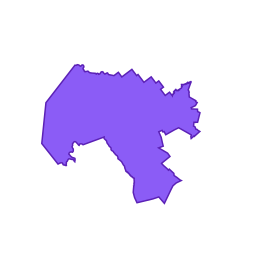 Lampazos de Naranjo, Nuevo León, Mexico (Natural Earth projection), rotated 323°
{"feature_id": "50627088B62674122669839", "entity_name": "Lampazos de Naranjo", "entity_type": "district", "adm_level": 2, "iso_a3": "MEX", "parent_name": "Mexico", "parent_adm1": "Nuevo León", "projection": "natural_earth1", "projection_center": [-100.346, 27.012], "detail": "fine", "context": "isolated", "style": "filled", "palette": "violet", "viewbox_px": 256, "rotation_deg": 323, "n_neighbors": 0, "source": "geoboundaries", "source_scale": "gbopen_adm2", "svg_char_len": 5644}
<svg xmlns="http://www.w3.org/2000/svg" viewBox="0 0 256 256"><g transform="rotate(323 128 128)"><path d="M50.4,114.7L52.1,115.0L53.2,115.3L53.6,115.5L54.1,115.9L54.5,116.5L54.4,117.3L54.1,118.2L54.2,118.5L54.4,118.7L54.5,118.9L54.8,119.1L55.0,119.3L55.3,120.0L55.6,120.4L56.0,120.8L56.4,120.7L56.7,119.9L56.9,119.7L57.4,119.3L57.8,118.6L58.7,118.0L59.3,118.0L59.7,117.9L61.2,117.1L62.0,117.0L62.5,117.2L64.3,119.4L65.1,120.1L65.2,120.4L65.3,120.7L65.3,121.0L65.1,122.1L65.1,122.4L65.2,122.9L66.0,122.1L66.4,121.8L67.3,120.4L67.3,120.1L66.4,118.8L66.0,118.4L65.5,117.2L65.2,115.6L65.2,114.4L65.0,113.4L65.1,113.1L65.8,112.7L66.1,112.5L67.0,112.4L67.8,112.7L68.4,113.1L68.9,113.8L69.1,113.9L69.3,113.9L70.2,113.6L70.5,113.4L71.3,112.4L71.7,111.6L71.7,110.4L71.8,110.1L72.1,109.4L72.3,109.1L73.1,108.7L73.4,108.5L73.6,108.3L74.0,107.4L74.2,107.2L74.7,107.0L75.3,107.0L76.1,106.7L76.9,106.6L77.2,106.8L77.7,107.2L77.9,107.6L78.1,109.3L78.2,109.8L78.3,112.0L78.4,112.4L78.5,112.5L78.8,112.2L79.3,111.9L79.7,111.8L80.5,112.0L81.1,112.5L81.6,113.0L82.0,114.0L82.0,114.3L102.4,120.5L103.5,120.8L102.9,121.5L102.7,121.8L102.6,122.3L102.8,123.2L102.9,123.9L102.9,124.3L103.1,124.5L103.1,124.9L103.1,125.2L102.6,126.5L102.2,127.7L102.2,128.4L102.3,129.3L102.1,130.8L102.0,131.4L102.1,131.9L102.4,132.7L102.4,133.7L102.3,133.9L101.6,134.8L101.5,135.0L101.4,135.4L101.4,135.8L101.6,136.6L102.0,137.4L102.1,138.0L101.9,139.2L102.1,140.0L102.2,140.4L102.0,141.3L102.0,141.7L102.7,143.7L102.3,145.3L101.9,146.1L101.5,146.4L101.5,146.8L102.0,148.2L102.6,151.0L102.1,154.7L102.2,156.4L101.7,157.4L101.1,158.8L101.0,159.5L100.3,161.2L100.4,161.7L100.6,161.8L100.5,162.2L100.9,162.4L100.9,162.6L101.1,163.0L100.9,163.3L101.2,163.6L101.0,164.1L101.1,164.4L101.3,164.6L101.4,164.9L101.2,165.2L101.2,165.6L101.4,166.2L101.3,166.4L101.4,166.7L101.2,167.0L101.5,167.5L101.3,167.8L101.5,168.2L101.5,169.0L102.0,169.3L102.0,169.5L102.1,170.8L102.1,171.1L102.6,171.4L102.7,171.6L102.7,172.0L102.0,172.6L101.4,173.5L101.1,174.0L101.1,174.3L100.8,174.5L100.3,174.9L100.3,175.1L100.2,175.1L100.0,175.4L99.9,175.7L99.7,175.7L99.4,175.9L99.4,176.0L99.0,176.3L98.9,176.7L98.7,177.0L97.9,177.7L97.6,177.7L97.5,178.0L95.4,180.3L93.4,182.6L91.4,187.5L90.2,193.1L105.2,199.6L111.1,201.6L111.7,210.1L125.0,203.2L129.1,201.2L133.5,200.9L138.9,202.0L138.3,200.8L137.3,196.9L136.2,193.7L137.3,191.8L136.2,185.7L134.9,186.0L134.8,184.6L134.6,183.3L133.7,178.9L133.7,177.9L133.5,177.3L133.5,176.4L139.3,176.2L144.4,176.0L144.5,171.9L140.5,162.3L145.2,163.7L146.7,160.2L148.9,155.4L150.3,149.5L153.8,150.4L153.5,152.2L154.7,152.6L154.1,156.1L164.0,157.4L168.6,158.3L174.4,171.6L174.3,172.0L173.3,172.4L173.0,172.8L172.6,173.5L172.8,173.4L172.8,173.5L172.5,174.0L172.4,174.4L175.9,174.1L175.9,174.6L183.3,174.0L182.4,171.8L182.3,170.7L181.5,169.8L182.2,167.4L181.9,166.6L181.5,165.9L181.9,165.5L184.1,163.1L185.1,163.9L185.4,164.3L185.5,164.3L185.6,164.2L187.0,165.3L189.3,163.5L189.4,163.4L194.7,159.1L194.6,158.8L193.5,156.8L194.8,154.8L190.2,151.0L190.7,150.3L190.7,149.8L195.3,150.7L198.6,149.3L197.9,147.7L198.6,147.1L195.6,140.1L197.8,136.6L198.4,136.3L198.9,134.8L199.0,133.8L204.3,130.3L206.1,129.2L206.2,128.8L206.1,128.7L205.8,128.7L205.7,128.8L205.2,128.6L204.6,128.3L204.4,128.4L204.0,128.8L203.5,128.8L203.4,128.6L203.4,128.4L203.2,127.9L203.2,127.5L203.1,127.4L202.9,127.5L202.6,127.8L202.6,128.0L202.5,127.9L202.3,128.0L202.1,127.6L201.9,127.5L201.6,127.7L201.2,128.0L200.7,127.8L200.6,127.7L200.6,127.4L200.4,127.4L200.3,127.2L200.1,127.1L199.9,127.1L199.6,127.4L199.3,127.1L199.0,126.8L198.6,126.7L198.4,126.8L198.2,126.8L197.8,126.2L197.7,126.0L197.1,125.8L197.0,125.5L196.9,125.4L196.8,125.5L196.6,126.1L196.3,126.7L196.0,126.7L195.8,126.9L195.9,127.1L196.2,127.0L196.3,127.1L196.2,127.5L195.9,127.6L195.5,127.6L194.8,128.2L194.0,128.2L193.8,128.1L193.5,128.2L193.1,128.1L192.6,128.0L192.4,128.1L192.2,128.0L191.9,128.1L191.6,128.0L191.6,128.3L191.4,128.2L191.0,128.2L190.7,128.4L190.4,128.1L190.0,127.8L189.9,127.8L189.9,127.6L189.5,127.5L189.3,127.4L189.2,127.0L189.4,127.0L189.4,126.7L189.3,126.8L189.2,126.6L189.1,126.8L189.0,126.7L188.6,126.7L188.9,126.6L188.5,126.3L188.5,126.1L188.3,126.1L187.8,126.2L187.9,126.3L187.6,126.4L187.3,126.3L186.6,126.5L186.8,126.7L186.7,126.9L186.5,127.1L186.3,127.2L186.3,127.4L186.3,127.5L186.2,127.5L186.3,127.7L186.2,127.8L186.0,127.7L185.7,128.0L185.3,127.9L185.0,127.9L184.8,127.9L184.6,128.2L184.4,128.1L184.2,128.3L184.0,128.2L183.9,128.4L183.8,128.5L183.5,128.5L183.4,128.3L183.1,128.4L182.8,128.8L182.7,124.4L177.3,124.4L177.3,116.7L180.9,116.7L180.9,108.9L177.3,108.9L177.3,101.1L168.2,101.1L168.2,91.3L166.4,91.3L166.4,83.5L153.8,83.5L153.8,77.7L148.3,77.7L144.7,73.7L144.7,72.1L144.8,71.9L144.7,71.6L144.4,71.4L143.7,71.3L143.3,71.3L143.0,71.1L142.3,71.1L142.0,71.0L141.8,70.6L141.7,69.5L141.6,69.2L141.8,68.4L141.6,68.1L141.4,67.8L141.3,67.5L140.6,67.2L140.0,67.1L139.6,67.4L138.9,67.5L138.5,67.8L137.9,67.7L137.4,67.7L136.9,67.5L136.9,67.3L137.0,66.9L137.0,66.6L136.6,66.2L136.4,65.8L135.9,65.7L135.4,65.9L135.2,65.9L135.0,65.6L134.8,64.6L134.6,64.3L134.1,64.2L133.5,63.5L132.2,62.4L131.5,61.6L131.1,61.3L130.5,60.3L130.3,58.8L130.2,58.5L129.9,58.3L128.9,57.9L128.3,57.4L127.8,57.4L127.5,57.2L127.3,56.4L127.7,55.0L127.6,54.7L127.7,53.7L128.2,53.2L129.3,52.8L129.5,52.7L130.0,51.9L130.0,51.1L130.0,50.6L129.8,50.4L129.2,50.0L128.7,50.0L128.4,50.1L127.9,50.2L127.3,50.1L127.1,49.9L127.1,49.5L126.8,48.8L126.8,48.5L126.6,48.1L126.5,47.8L126.1,47.5L125.8,47.1L125.5,46.8L125.0,46.9L124.6,46.8L124.4,46.8L124.0,46.5L123.5,45.9L77.7,58.4L49.8,88.5L50.4,114.7Z" fill="#8b5cf6" stroke="#5b21b6" stroke-width="1.5"/></g></svg>